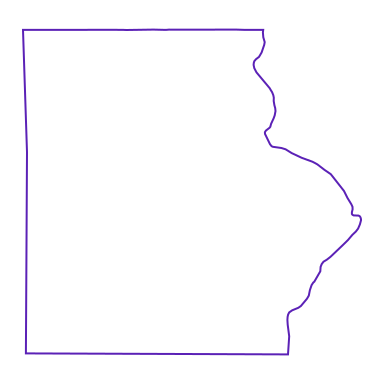 Allamakee, Iowa, United States of America
{"feature_id": "52423323B44167272336180", "entity_name": "Allamakee", "entity_type": "district", "adm_level": 2, "iso_a3": "USA", "parent_name": "United States of America", "parent_adm1": "Iowa", "projection": "natural_earth1", "projection_center": [-91.21, 43.291], "detail": "fine", "context": "isolated", "style": "outline", "palette": "violet", "viewbox_px": 384, "rotation_deg": 0, "n_neighbors": 0, "source": "geoboundaries", "source_scale": "gbopen_adm2", "svg_char_len": 1320}
<svg xmlns="http://www.w3.org/2000/svg" viewBox="0 0 384 384"><path d="M263.2,29.9L245.5,29.9L236.3,29.6L170.6,29.7L169.2,29.6L165.9,29.9L153.5,29.6L126.3,30.0L123.8,29.9L114.3,29.8L112.1,29.8L96.2,29.8L70.1,29.9L65.6,29.9L59.6,29.9L35.1,29.9L23.0,29.9L27.0,152.2L25.9,353.4L288.0,354.4L289.2,336.3L287.7,324.7L287.4,319.9L287.6,316.9L288.1,314.6L289.2,312.4L292.2,310.3L298.3,307.8L300.9,306.0L307.0,298.7L308.8,295.6L309.9,290.1L311.6,285.1L313.3,282.5L314.3,281.7L320.3,271.3L320.6,266.9L321.7,264.1L323.5,261.7L326.8,259.7L330.4,256.9L342.9,245.0L347.9,240.1L352.4,234.8L355.8,231.6L358.1,228.6L359.9,224.4L361.0,220.3L361.0,219.2L360.5,217.4L359.8,216.3L358.6,215.6L353.6,215.4L352.5,214.8L351.9,214.0L351.9,212.2L352.6,209.3L352.5,206.8L351.3,204.2L347.5,198.0L344.0,191.0L330.8,174.2L324.4,169.8L317.4,164.4L315.1,163.1L312.4,161.7L301.7,157.8L291.7,153.1L285.6,149.3L281.4,148.0L272.9,146.8L271.6,146.2L270.0,144.2L265.0,133.9L264.9,132.2L265.9,130.6L269.5,127.8L270.3,126.8L271.1,123.8L273.6,118.4L274.7,115.4L275.5,111.1L275.2,108.1L274.4,105.2L273.7,101.0L273.8,97.7L273.3,95.2L272.1,92.2L270.6,89.8L269.7,88.2L256.5,72.4L254.3,68.2L253.6,64.9L253.8,62.9L254.3,61.2L256.0,59.2L259.0,56.9L261.6,52.5L264.2,44.9L264.7,42.1L263.3,37.3L262.9,32.5L263.2,29.9Z" fill="none" stroke="#5b21b6" stroke-width="2"/></svg>